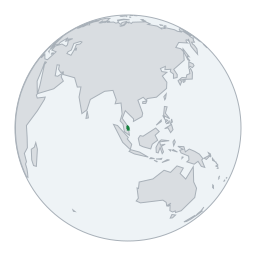 Terengganu on an orthographic globe, rotated 9°
{"feature_id": "MYS-1149", "entity_name": "Terengganu", "entity_type": "State", "adm_level": 1, "iso_a3": "MYS", "parent_name": "Malaysia", "parent_adm1": "", "projection": "orthographic", "projection_center": [102.939, 4.865], "detail": "fine", "context": "on_globe", "style": "filled", "palette": "green", "viewbox_px": 256, "rotation_deg": 9, "n_neighbors": 0, "source": "natural_earth", "source_scale": "10m", "svg_char_len": 8442}
<svg xmlns="http://www.w3.org/2000/svg" viewBox="0 0 256 256"><g transform="rotate(9 128 128)"><circle cx="128" cy="128" r="113" fill="#eef3f6" stroke="#a8b0b8"/><path d="M233.5,161.1L233.3,161.9L233.2,162.0L233.5,161.1ZM191.0,34.6L193.5,36.5L189.1,33.4L191.0,34.6ZM185.7,31.3L186.3,31.7L184.2,30.4L183.4,30.2L180.7,28.7L177.5,26.9L175.7,26.0L176.6,26.6L174.4,25.8L173.4,25.0L169.5,23.7L163.4,21.1L171.0,23.9L178.5,27.3L185.7,31.3ZM183.8,30.4L184.7,31.0L184.0,30.6L183.8,30.4ZM179.1,28.2L177.6,27.7L178.6,27.9L179.1,28.2ZM176.3,27.1L172.7,26.2L174.4,27.2L167.4,24.0L172.8,25.7L173.8,25.7L174.6,26.3L176.3,27.1ZM164.1,22.6L162.7,22.2L163.6,22.3L164.1,22.6ZM38.6,59.5L38.0,60.4L34.5,65.2L31.3,72.3L34.4,68.3L35.1,72.7L37.7,73.2L45.0,64.0L40.6,62.9L43.3,58.4L49.7,55.4L54.0,57.0L55.2,55.3L55.4,51.0L59.4,48.4L55.8,49.4L55.0,51.2L52.8,52.0L53.4,50.4L54.7,49.5L54.3,48.5L47.8,53.9L46.3,56.3L43.3,56.7L40.5,60.9L38.6,62.7L42.6,56.3L44.5,54.1L49.4,47.6L47.1,49.9L42.3,56.3L42.5,55.7L39.4,59.3L41.9,56.1L47.7,49.0L54.1,43.0L61.2,37.3L61.3,37.3L67.0,33.4L67.9,32.9L64.3,35.2L61.8,37.0L62.9,37.4L64.4,36.6L68.0,34.2L67.9,34.9L71.3,32.5L74.0,32.1L73.5,30.8L77.8,28.5L81.7,27.1L83.0,26.2L76.6,28.6L74.1,29.8L72.1,31.2L65.3,35.1L64.0,35.7L70.8,31.1L69.8,31.6L75.6,28.3L89.4,23.0L92.9,22.6L89.9,26.1L86.6,27.1L86.1,26.3L82.7,29.0L84.8,27.8L84.7,28.5L88.7,27.0L88.8,27.4L92.5,25.3L93.1,25.7L90.8,27.0L97.2,25.6L99.6,26.3L101.0,25.8L101.8,25.1L104.2,26.8L105.2,26.4L104.8,25.6L106.4,24.4L110.1,23.0L110.7,23.6L109.5,24.2L107.7,26.7L104.3,28.5L104.9,28.7L108.1,27.3L110.2,24.2L112.2,23.2L111.7,24.5L112.1,24.0L113.3,23.7L115.1,24.2L115.9,22.8L128.6,20.4L133.3,21.5L131.5,22.6L141.0,22.8L145.6,24.8L145.2,24.0L149.5,24.0L148.1,23.3L148.2,23.0L158.6,23.7L161.6,24.7L165.6,24.8L165.4,24.5L163.4,23.7L167.4,24.0L174.4,27.2L174.5,27.7L178.9,29.7L178.5,30.7L180.2,32.8L177.3,33.3L178.9,35.2L180.4,35.8L183.7,39.0L185.2,44.3L177.3,37.3L173.6,30.5L174.6,32.8L172.4,31.6L171.5,32.1L172.3,34.0L173.6,34.7L164.7,35.6L162.6,41.0L167.6,41.4L170.9,43.9L172.9,52.2L164.0,62.9L168.3,67.6L168.6,70.5L165.1,71.8L164.5,67.6L160.9,65.7L161.1,63.3L155.3,64.6L155.3,61.3L150.7,64.2L152.6,67.0L157.7,66.9L153.8,71.3L159.2,76.7L159.9,82.9L151.3,93.1L142.3,95.9L141.8,97.9L138.2,95.3L133.4,99.0L140.2,111.2L140.0,114.6L132.3,120.7L132.1,118.1L122.6,111.3L120.8,119.4L128.0,126.7L130.5,135.0L125.0,132.1L122.4,124.8L119.1,122.2L120.0,115.1L117.2,104.4L111.5,106.1L112.0,101.9L107.3,93.2L99.2,95.4L86.3,105.7L84.6,116.5L80.2,121.0L74.8,105.1L75.1,94.8L71.5,95.5L67.4,86.7L55.6,85.3L55.4,82.7L52.8,83.7L50.2,80.8L50.4,76.6L48.1,76.7L47.9,87.8L50.5,87.9L54.7,84.0L54.0,88.0L56.8,91.8L48.5,100.9L33.3,108.2L34.3,100.1L35.6,78.3L37.0,76.1L37.1,75.8L37.3,75.4L34.8,78.9L35.9,74.9L32.5,89.5L30.9,95.9L33.1,108.6L32.3,109.8L33.7,112.6L41.4,110.4L40.9,113.1L35.8,125.2L27.3,141.4L29.9,153.3L31.7,163.3L29.6,169.3L33.0,177.2L32.4,179.6L34.5,184.0L35.9,188.4L36.9,192.4L35.2,191.7L32.5,187.7L28.2,180.2L24.7,173.0L21.8,165.6L19.4,158.0L17.6,150.2L16.3,142.3L15.5,134.3L15.4,126.3L15.8,118.3L16.7,110.4L18.3,102.6L20.4,94.8L23.0,87.3L26.1,79.9L29.8,72.8L34.0,66.0L38.6,59.5ZM56.0,64.0L60.3,65.1L62.7,59.2L64.6,59.2L64.7,57.3L62.9,58.8L63.9,53.8L67.4,52.6L69.1,50.3L67.7,49.9L61.3,53.0L59.8,59.9L56.9,62.0L56.0,64.0ZM115.5,16.1L112.6,16.4L112.1,16.5L115.5,16.1ZM119.7,15.7L116.1,16.0L116.7,15.9L119.7,15.7ZM39.4,58.7L39.3,59.0L39.6,58.9L37.7,61.3L39.4,58.7ZM43.3,53.7L40.8,56.7L43.3,53.7ZM45.8,51.0L43.7,53.3L44.9,52.0L45.8,51.0ZM64.7,35.0L65.2,34.8L64.4,35.4L63.1,36.2L64.7,35.0ZM102.4,18.9L103.4,18.5L104.1,18.4L107.8,17.5L108.6,17.6L106.7,18.1L102.4,18.9ZM42.9,65.4L40.9,67.0L41.0,66.0L41.7,65.7L42.9,65.4ZM38.1,63.9L38.2,65.4L37.6,64.6L38.1,63.9ZM103.9,18.8L105.3,18.4L104.8,18.7L103.9,18.8ZM109.4,17.6L109.2,17.9L109.1,17.5L109.4,17.6ZM86.4,217.5L88.7,218.8L87.1,218.8L86.4,217.5ZM41.8,163.1L43.5,180.2L40.6,179.9L37.9,174.6L35.8,164.1L38.5,161.6L39.2,156.9L41.8,163.1ZM158.7,155.7L162.0,156.4L161.8,156.9L158.7,155.7ZM155.2,153.7L159.0,154.1L154.5,154.8L155.2,153.7ZM160.5,154.2L164.4,153.4L166.1,152.7L165.8,153.8L160.5,154.2ZM152.6,153.6L138.4,152.6L132.7,150.9L134.1,149.0L143.2,150.0L152.6,153.6ZM133.6,148.9L125.0,143.0L113.1,126.7L117.3,127.2L129.8,137.3L129.0,138.9L134.2,143.5L133.6,148.9ZM154.5,140.2L153.7,145.1L145.8,144.2L142.3,143.2L139.8,136.7L141.2,133.6L144.1,133.8L155.4,123.7L159.4,126.6L155.9,130.9L159.2,135.4L154.5,140.2ZM85.0,117.5L87.3,124.2L85.0,125.1L85.0,117.5ZM159.9,116.4L155.4,120.8L159.5,114.9L159.9,116.4ZM162.3,110.8L162.6,113.1L160.7,110.7L162.3,110.8ZM141.7,101.0L138.6,101.4L138.5,99.7L142.4,98.4L141.7,101.0ZM160.4,88.2L160.5,92.9L159.9,94.4L158.5,91.5L160.4,88.2ZM112.7,20.9L106.7,21.8L102.8,23.0L101.5,24.3L100.8,23.1L106.7,21.2L112.7,20.9ZM126.6,20.2L127.7,19.5L128.9,19.8L128.9,20.0L126.6,20.2ZM126.0,19.8L124.1,18.9L125.9,18.5L127.0,19.2L126.0,19.8ZM113.8,18.2L111.9,18.4L112.4,18.1L113.8,18.2ZM207.5,204.1L207.6,205.0L204.4,208.1L200.5,211.1L197.9,212.0L207.5,204.1ZM183.8,210.4L184.9,206.6L188.6,206.5L186.0,209.8L183.8,210.4ZM210.1,201.8L213.0,198.5L215.3,194.2L213.5,198.2L214.3,198.5L208.1,204.8L210.1,201.8ZM173.7,193.8L152.0,200.0L147.5,198.8L149.2,195.7L146.3,185.8L147.8,186.1L147.5,179.6L160.6,174.4L170.2,164.1L176.9,165.2L182.3,157.8L188.9,158.9L186.6,164.8L193.0,169.4L198.5,156.0L201.3,171.0L205.1,176.7L204.8,186.2L193.5,201.4L188.1,204.1L187.6,202.5L185.2,204.0L182.3,203.1L181.7,197.8L179.3,199.3L182.1,195.5L178.4,198.8L177.3,195.4L173.7,193.8ZM220.6,170.9L221.3,171.4L221.9,174.2L220.9,173.6L220.6,170.9ZM231.7,163.9L231.7,165.2L231.1,165.4L231.7,163.9ZM233.2,162.0L232.6,162.4L233.5,161.1L233.2,162.0ZM225.6,162.7L225.8,163.7L225.5,164.0L225.6,162.7ZM225.4,162.4L226.0,160.9L225.7,162.4L225.4,162.4ZM222.6,153.9L223.1,153.2L223.3,153.8L222.6,153.9ZM166.9,156.8L171.6,153.2L174.0,153.0L166.9,156.8ZM222.0,152.2L220.8,152.0L221.0,151.2L222.0,152.2ZM222.2,150.4L222.1,149.3L222.7,152.0L222.2,150.4ZM220.0,147.7L221.4,149.8L219.8,147.9L220.0,147.7ZM219.1,147.8L218.0,146.9L218.1,146.5L219.1,147.8ZM205.8,148.0L210.0,154.9L206.4,154.4L202.4,150.0L199.0,153.4L191.4,152.2L193.2,150.0L192.3,146.3L184.3,144.3L182.6,141.9L185.6,140.5L180.1,138.3L186.1,137.7L188.4,142.6L191.8,139.2L197.4,140.6L202.7,142.7L206.8,146.6L205.8,148.0ZM186.0,148.1L187.0,148.2L186.0,149.6L186.0,148.1ZM215.9,144.0L217.5,146.5L217.3,147.0L216.5,146.6L215.9,144.0ZM207.8,145.9L212.3,142.5L213.3,142.6L210.3,146.8L207.8,145.9ZM211.2,139.8L213.3,140.6L214.3,142.9L213.8,143.5L211.2,139.8ZM173.9,142.8L173.6,144.1L172.0,143.0L173.9,142.8ZM175.9,142.2L180.6,144.0L175.4,143.3L175.9,142.2ZM161.4,136.7L162.8,139.8L167.3,138.2L163.9,140.8L166.8,146.1L165.8,148.0L162.8,142.2L161.7,147.9L159.7,147.6L158.7,142.7L160.7,136.8L162.7,134.5L170.7,134.1L161.4,136.7ZM175.9,138.4L174.6,134.7L175.6,132.4L176.9,134.4L175.9,138.4ZM170.8,125.9L167.4,121.6L164.3,122.9L170.4,117.7L172.7,122.6L170.8,125.9ZM167.8,116.7L165.0,117.9L167.8,114.9L167.8,116.7ZM164.2,116.5L163.8,113.7L166.1,114.2L164.2,116.5ZM169.3,117.0L169.7,112.3L170.9,115.1L169.3,117.0ZM162.6,107.5L167.7,112.3L161.2,110.0L160.6,101.0L163.3,101.0L162.6,107.5ZM175.5,74.3L174.6,72.0L177.0,71.7L176.9,73.4L175.5,74.3ZM183.8,69.6L177.3,70.9L172.0,72.4L173.8,73.6L172.9,77.4L170.0,73.5L173.4,69.7L177.6,69.3L177.8,66.3L180.6,64.6L179.4,60.8L180.5,59.4L182.9,62.9L183.8,69.6ZM178.7,59.2L177.7,53.1L182.3,54.5L183.5,56.2L182.1,58.3L179.7,57.4L178.7,59.2ZM178.8,52.1L176.5,51.3L170.1,42.5L169.9,41.1L177.2,48.0L175.4,47.7L176.2,49.7L178.8,52.1ZM163.4,22.6L162.8,22.2L164.0,22.7L163.4,22.6ZM147.4,22.6L147.8,22.3L149.2,22.6L147.4,22.6ZM149.6,21.5L147.7,21.3L149.5,21.2L149.6,21.5ZM143.5,21.0L146.8,21.1L144.0,21.5L143.5,21.0Z" fill="#d9dde1" stroke="#a8b0b8" stroke-width="1"/><path d="M127.2,126.1L127.3,126.1L127.5,126.3L127.9,126.6L128.0,126.7L128.2,126.8L128.4,127.0L128.6,127.3L128.6,127.5L128.8,127.8L128.9,128.0L129.0,128.1L129.0,128.3L129.0,128.6L129.0,128.8L129.1,129.0L129.0,129.3L128.9,129.4L128.7,129.3L128.8,129.4L128.7,129.4L128.7,129.5L128.8,129.6L128.8,129.8L128.7,129.9L128.8,129.9L128.7,129.9L128.6,129.7L128.4,129.6L128.2,129.5L128.2,129.4L128.0,129.5L127.9,129.4L128.0,129.4L128.0,129.2L128.2,128.9L127.9,128.8L127.9,128.7L127.9,128.4L127.7,128.4L127.5,128.2L127.4,128.1L127.3,127.9L127.2,127.9L127.1,127.7L127.1,127.4L127.0,127.2L127.0,126.9L126.9,126.9L126.9,126.7L127.0,126.7L126.9,126.5L126.9,126.4L127.0,126.3L127.1,126.1L127.2,126.1Z" fill="#22c55e" stroke="#15803d" stroke-width="1.5"/></g></svg>